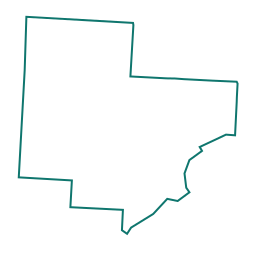 outline of Carver, Minnesota, United States of America, rotated 3°
{"feature_id": "52423323B20020016400421", "entity_name": "Carver", "entity_type": "district", "adm_level": 2, "iso_a3": "USA", "parent_name": "United States of America", "parent_adm1": "Minnesota", "projection": "mercator", "projection_center": [-93.703, 44.807], "detail": "fine", "context": "isolated", "style": "outline", "palette": "teal", "viewbox_px": 256, "rotation_deg": 3, "n_neighbors": 0, "source": "geoboundaries", "source_scale": "gbopen_adm2", "svg_char_len": 541}
<svg xmlns="http://www.w3.org/2000/svg" viewBox="0 0 256 256"><g transform="rotate(3 128 128)"><path d="M21.5,183.0L74.7,183.3L74.6,210.1L127.2,210.0L127.3,230.4L132.6,233.7L136.3,227.3L157.7,212.5L170.9,196.7L181.4,198.3L192.7,189.0L189.3,184.6L188.9,182.4L186.8,170.4L191.0,156.8L203.1,147.0L200.6,143.2L226.2,129.5L235.3,129.7L235.2,96.3L235.1,91.7L235.1,77.9L234.1,76.1L209.0,76.3L180.8,76.3L172.6,76.1L164.0,76.4L127.7,76.4L128.0,24.9L127.5,22.8L20.7,22.3L21.8,75.8L21.5,183.0Z" fill="none" stroke="#0f766e" stroke-width="2"/></g></svg>